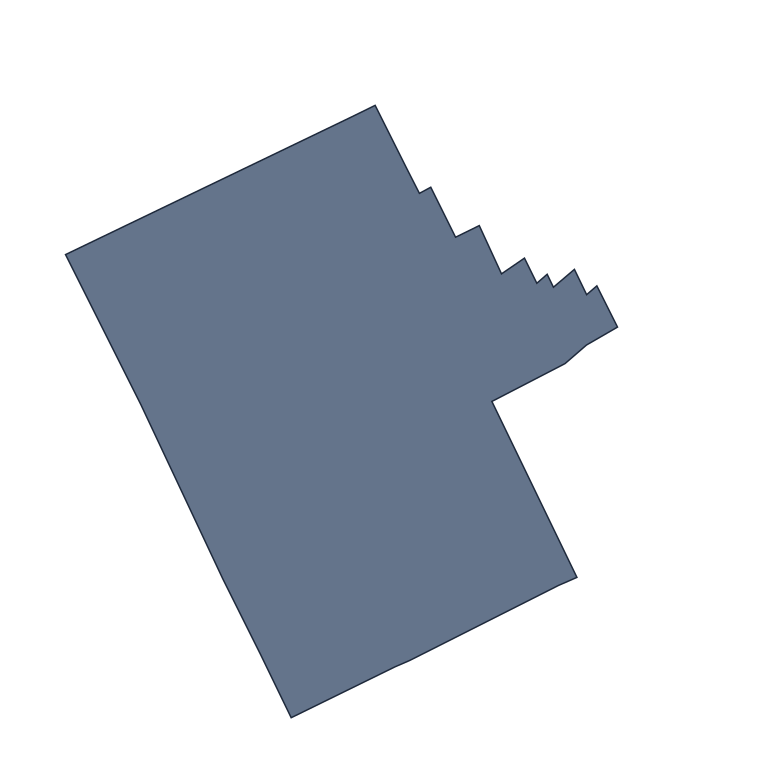 Shannon, Missouri, United States of America (Equal Earth projection), rotated 333°
{"feature_id": "52423323B94843923052061", "entity_name": "Shannon", "entity_type": "district", "adm_level": 2, "iso_a3": "USA", "parent_name": "United States of America", "parent_adm1": "Missouri", "projection": "equal_earth", "projection_center": [-91.258, 37.153], "detail": "fine", "context": "isolated", "style": "filled", "palette": "slate", "viewbox_px": 768, "rotation_deg": 333, "n_neighbors": 0, "source": "geoboundaries", "source_scale": "gbopen_adm2", "svg_char_len": 519}
<svg xmlns="http://www.w3.org/2000/svg" viewBox="0 0 768 768"><g transform="rotate(333 384 384)"><path d="M151.9,484.5L151.2,569.7L149.8,639.2L265.3,641.0L281.4,642.0L448.1,642.7L468.1,643.9L472.2,448.5L554.6,448.0L582.1,441.2L617.9,439.3L618.2,393.2L605.1,396.4L605.7,368.3L578.9,374.7L579.2,360.3L565.9,363.6L566.3,335.6L538.7,339.2L540.8,286.1L514.4,285.7L515.0,229.9L502.1,230.2L502.1,202.1L502.6,131.7L476.0,131.3L159.0,124.1L158.0,292.1L151.9,484.5Z" fill="#64748b" stroke="#1e293b" stroke-width="1.5"/></g></svg>